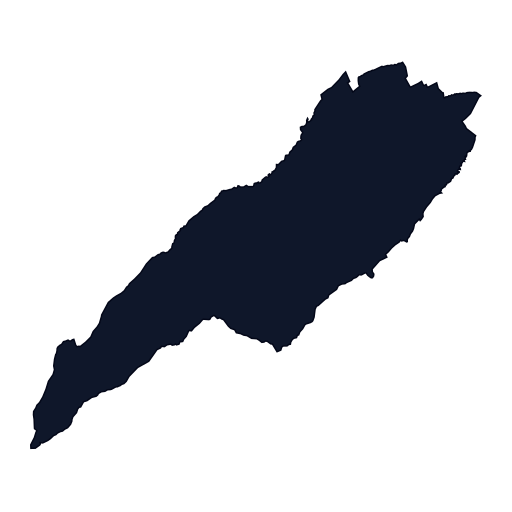 outline of Straoane, Vrancea, Romania, rotated 271°
{"feature_id": "2599482B77853127668165", "entity_name": "Straoane", "entity_type": "district", "adm_level": 2, "iso_a3": "ROU", "parent_name": "Romania", "parent_adm1": "Vrancea", "projection": "robinson", "projection_center": [27.011, 45.969], "detail": "fine", "context": "isolated", "style": "filled", "palette": "ink", "viewbox_px": 512, "rotation_deg": 271, "n_neighbors": 0, "source": "geoboundaries", "source_scale": "gbopen_adm2", "svg_char_len": 6071}
<svg xmlns="http://www.w3.org/2000/svg" viewBox="0 0 512 512"><g transform="rotate(271 256 256)"><path d="M380.1,473.5L387.1,464.1L389.4,463.0L394.3,459.5L397.1,462.9L402.2,467.9L418.6,476.0L420.2,477.9L423.3,473.4L423.5,471.3L423.2,470.0L423.3,466.6L423.0,464.1L422.2,462.4L422.4,460.1L421.9,458.7L422.2,457.2L421.6,455.7L421.7,453.2L420.8,452.6L421.4,451.8L420.2,450.4L420.5,448.7L419.5,447.8L419.5,445.9L418.7,445.4L418.3,442.7L417.5,442.2L417.3,441.6L417.6,441.1L422.4,440.3L422.4,439.6L426.5,435.3L432.3,433.6L428.1,425.7L427.8,424.3L430.4,423.1L429.5,421.3L429.5,420.5L433.5,418.5L431.3,415.2L427.5,407.6L428.1,406.9L436.3,402.1L438.7,404.1L439.3,404.0L447.6,402.2L452.2,399.2L451.3,397.4L451.0,395.0L449.4,393.0L449.9,391.5L449.0,390.0L449.3,387.8L448.7,386.3L448.7,384.0L447.4,379.9L447.8,378.6L443.8,370.5L443.7,369.1L442.6,367.0L442.3,365.6L439.8,360.8L439.0,360.5L438.1,358.2L437.0,356.9L436.9,355.8L436.0,355.2L433.0,355.2L429.7,355.7L427.5,356.8L421.7,350.0L430.7,344.5L432.1,346.6L441.6,342.4L439.0,340.0L433.5,336.0L425.7,328.7L423.9,325.1L418.3,318.2L413.7,319.4L412.2,317.9L403.5,312.4L401.9,312.4L400.0,311.5L398.3,312.0L397.1,310.6L395.1,310.1L393.6,308.8L393.0,309.1L391.0,306.7L390.9,305.8L392.3,305.0L393.7,305.6L394.5,305.1L392.4,304.3L390.7,304.5L388.2,303.8L386.4,301.8L386.3,299.7L385.5,298.2L383.1,298.4L380.4,300.5L379.5,300.4L378.3,299.4L376.8,298.9L374.4,298.8L373.4,299.6L372.7,299.4L371.8,298.3L371.3,296.4L370.6,295.4L367.5,294.2L365.3,291.4L362.7,290.5L360.5,288.1L357.9,287.3L357.5,286.9L357.2,284.2L356.8,283.8L352.9,283.1L351.8,282.5L351.1,280.0L347.7,276.8L347.8,274.9L344.7,274.9L342.5,273.7L341.5,273.0L341.3,272.1L340.6,272.0L340.4,270.7L338.8,270.5L337.6,269.4L337.6,268.7L338.3,268.1L337.6,267.0L337.0,266.8L336.4,267.8L335.8,267.8L334.9,266.0L335.3,264.8L334.7,263.8L332.1,260.9L330.3,260.5L328.9,258.4L328.9,257.6L329.9,257.3L329.3,255.7L328.4,255.3L328.9,254.2L328.4,253.0L325.7,252.4L325.3,251.5L325.2,247.0L326.4,245.1L324.7,242.4L324.6,239.2L325.7,237.8L325.9,236.8L324.3,236.2L323.4,235.1L324.2,233.1L322.2,230.3L322.1,229.0L320.8,224.9L320.9,222.3L320.1,221.0L320.2,220.5L318.5,219.7L317.9,218.6L316.4,218.2L314.5,216.8L314.0,215.6L313.0,214.6L311.1,213.9L307.8,209.6L305.4,207.1L304.1,203.9L302.3,202.1L300.7,201.4L299.8,199.9L296.4,196.7L294.2,193.2L290.0,188.4L284.8,185.5L284.6,183.5L283.1,182.9L282.1,180.3L280.8,179.7L280.1,179.9L277.9,177.3L276.0,177.1L275.7,176.6L275.9,176.0L274.7,175.1L273.0,175.1L272.3,175.4L270.1,174.2L267.7,173.9L266.8,172.5L263.4,171.7L262.4,171.9L260.6,169.8L258.2,167.9L258.2,167.2L257.4,165.6L258.1,163.6L258.0,162.5L257.2,160.9L256.2,160.3L255.6,158.1L253.0,154.8L252.6,152.5L246.1,146.6L237.1,141.0L230.8,135.1L226.1,130.0L224.0,129.0L222.6,127.2L219.0,125.0L216.3,121.9L213.6,117.2L211.5,114.2L207.0,109.2L194.3,102.7L193.0,102.6L186.0,100.7L182.3,98.5L177.7,94.6L172.1,92.3L166.8,87.2L162.3,81.7L162.7,80.7L162.2,78.5L163.6,77.3L169.5,75.3L169.0,73.7L168.2,73.0L167.5,71.3L168.6,69.7L168.5,69.1L167.7,67.6L167.0,65.0L164.2,63.2L163.3,61.5L161.4,59.4L160.0,58.8L157.6,58.7L154.8,58.1L154.1,57.5L149.3,56.4L142.6,55.7L138.8,56.5L133.9,55.2L127.1,50.7L119.1,48.4L111.2,45.3L105.7,42.2L103.0,39.6L100.1,38.5L96.7,36.4L93.3,36.3L89.0,37.0L80.1,37.5L79.5,37.6L77.8,39.9L77.3,40.0L76.1,39.2L70.5,37.6L63.3,34.1L59.8,34.3L60.0,38.7L63.3,43.1L64.5,43.7L65.7,43.4L65.4,46.0L67.9,51.0L69.8,53.6L73.0,56.8L73.9,59.0L75.5,60.5L77.0,63.3L77.6,65.6L79.5,67.7L81.0,70.6L84.5,73.5L87.6,74.7L89.4,74.8L92.1,75.7L96.2,79.2L100.0,80.4L101.7,81.8L102.0,83.3L107.3,86.1L108.4,89.5L111.8,94.2L113.0,98.6L114.3,100.1L115.8,100.8L117.6,103.8L118.1,107.3L119.7,109.9L119.9,112.6L120.3,113.9L122.7,118.1L122.9,120.0L123.6,120.9L123.8,122.0L125.4,124.1L126.1,126.1L128.4,128.4L133.4,131.1L142.5,139.6L148.9,150.6L160.7,158.6L162.4,162.1L164.0,163.1L163.8,166.1L165.6,168.4L166.4,172.2L165.4,173.8L165.8,175.9L166.6,177.1L165.8,178.0L166.5,180.5L169.3,181.6L169.0,182.7L169.3,184.2L171.5,185.1L174.4,187.6L179.6,189.8L180.5,190.7L180.0,192.5L180.2,192.9L183.5,195.5L187.8,200.6L191.3,203.5L191.9,204.4L191.6,210.0L191.9,210.9L194.3,212.2L195.8,214.8L195.7,215.5L192.9,218.5L193.6,221.1L192.3,223.1L191.8,224.7L185.3,229.7L183.2,232.1L181.9,236.0L178.9,237.7L178.1,242.1L176.7,245.1L176.2,248.5L173.6,253.0L173.3,258.3L171.8,260.8L169.8,263.3L170.1,265.5L171.2,267.0L170.9,268.8L168.4,272.3L168.2,274.0L160.7,278.7L162.3,282.4L165.4,283.3L166.6,284.9L166.6,287.9L166.9,289.1L168.0,290.0L168.4,291.9L170.5,292.2L172.8,293.5L174.4,295.1L175.1,297.9L176.9,298.5L177.6,299.0L177.8,300.0L180.9,301.1L184.1,303.9L188.2,306.1L189.0,307.3L190.4,311.5L191.4,313.2L192.3,313.9L195.8,315.1L203.9,316.0L206.8,317.3L207.7,319.1L214.2,326.1L215.5,328.6L218.3,329.4L224.0,337.1L227.7,338.8L229.5,342.3L229.9,345.5L231.1,347.0L233.3,351.8L235.3,353.7L236.2,356.2L237.5,357.9L239.0,359.1L239.0,361.8L241.0,365.3L241.0,366.4L238.7,368.1L237.2,370.0L236.2,371.6L236.3,372.8L238.0,373.9L240.0,374.1L242.1,372.6L244.9,372.3L253.5,379.6L257.1,386.8L259.9,385.4L262.5,388.2L266.4,391.4L269.6,394.8L272.4,398.8L274.3,400.1L273.6,401.4L274.1,402.9L273.9,404.2L272.7,406.4L273.0,407.0L275.0,406.9L276.5,407.6L278.1,409.0L280.7,409.9L283.6,412.0L286.2,413.0L290.8,413.9L295.5,418.3L295.7,418.6L294.3,419.5L295.4,420.5L298.3,422.4L301.2,422.1L303.3,422.6L308.1,425.6L312.6,429.3L316.1,431.3L319.4,434.0L321.9,438.4L322.3,440.4L323.3,439.2L324.7,440.0L326.0,440.1L328.1,442.6L328.7,443.9L330.0,443.7L330.5,445.1L332.5,445.8L332.4,446.7L334.1,449.2L337.0,450.3L337.3,451.4L339.7,452.5L340.3,453.4L341.7,453.8L341.3,455.6L342.3,455.9L342.3,456.6L343.2,457.7L343.8,457.6L343.8,456.3L344.4,455.8L346.3,457.1L346.1,458.8L346.8,458.7L347.8,457.8L349.3,458.2L349.7,459.6L350.9,459.9L352.2,459.2L352.5,460.3L354.5,461.4L354.3,462.7L355.2,462.2L356.2,462.9L356.3,463.6L357.0,463.2L358.2,463.9L359.1,463.3L359.5,463.6L359.3,464.5L359.7,464.8L362.3,465.0L363.6,465.5L363.8,466.4L364.7,467.0L364.3,467.7L364.5,468.4L365.5,468.4L366.2,469.4L368.4,470.5L376.0,472.9L378.6,472.9L380.1,473.5Z" fill="#0f172a" stroke="#020617" stroke-width="1.5"/></g></svg>